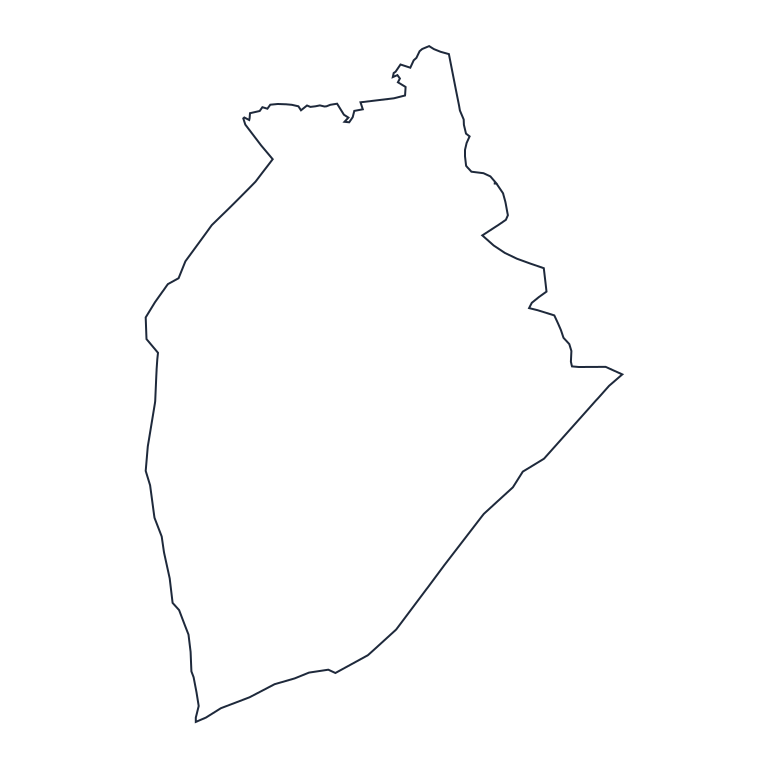 the district of Voinjama, Lofa, Liberia
{"feature_id": "62588387B81783560061544", "entity_name": "Voinjama", "entity_type": "district", "adm_level": 2, "iso_a3": "LBR", "parent_name": "Liberia", "parent_adm1": "Lofa", "projection": "mercator", "projection_center": [-9.823, 8.242], "detail": "fine", "context": "isolated", "style": "outline", "palette": "slate", "viewbox_px": 768, "rotation_deg": 0, "n_neighbors": 0, "source": "geoboundaries", "source_scale": "gbopen_adm2", "svg_char_len": 2541}
<svg xmlns="http://www.w3.org/2000/svg" viewBox="0 0 768 768"><path d="M335.4,673.0L367.9,655.2L369.7,653.6L373.7,650.0L396.2,629.5L426.5,589.1L427.3,588.1L444.3,565.2L461.0,543.5L471.3,530.1L481.6,516.7L483.9,513.8L497.0,501.8L502.7,496.6L512.9,487.3L522.8,471.6L525.8,469.8L535.5,463.9L544.0,458.7L582.2,415.9L596.0,400.4L597.9,398.4L609.1,385.8L622.3,374.4L615.0,371.1L605.7,366.9L598.4,366.9L578.8,367.0L572.0,366.4L571.7,365.3L570.9,361.7L571.4,351.0L569.3,344.1L563.5,337.8L561.8,332.7L561.2,330.9L560.8,329.8L558.1,323.6L554.3,315.4L537.6,310.2L529.1,308.1L529.8,306.7L531.8,302.8L539.1,296.9L546.5,291.6L545.7,284.5L543.9,269.1L543.8,268.2L530.1,263.5L516.9,258.7L504.8,252.9L493.7,245.5L482.3,235.4L483.1,234.9L485.4,233.4L496.3,226.3L497.9,225.3L505.9,219.8L507.9,215.2L507.6,213.8L507.5,213.3L507.4,212.8L505.7,203.5L505.3,201.6L503.3,194.3L503.1,193.4L496.7,183.9L496.5,183.6L493.8,183.5L496.2,183.2L490.9,177.0L490.4,176.4L483.5,173.2L471.4,171.7L468.5,168.5L467.7,167.7L466.1,165.8L465.0,156.3L465.0,149.9L466.6,143.0L469.6,136.4L466.0,133.6L463.9,124.8L463.7,119.5L463.4,118.8L459.9,110.5L459.0,105.3L455.9,89.8L448.9,54.1L440.6,51.8L433.9,49.1L429.1,46.1L422.2,49.0L419.6,51.2L416.4,57.9L413.7,60.3L410.3,67.7L400.5,64.5L395.6,71.7L393.7,73.0L392.8,77.1L397.4,75.1L399.9,78.5L397.9,82.3L405.2,86.7L405.6,87.0L405.1,94.9L405.0,95.5L393.9,98.3L360.5,102.3L362.8,109.3L354.3,110.9L352.7,117.2L349.2,122.3L344.5,121.8L348.4,117.6L343.9,114.7L337.1,103.7L330.3,104.8L326.5,106.3L324.5,106.5L319.9,105.4L315.4,106.3L310.4,106.9L307.0,105.5L301.0,110.3L298.4,106.3L291.8,104.8L286.2,104.3L278.0,104.0L277.7,104.0L270.3,104.7L267.4,108.7L262.4,107.2L259.7,111.0L250.0,113.2L249.6,118.2L249.2,120.0L244.3,117.5L243.3,118.4L245.3,124.6L261.2,145.5L272.7,159.2L268.2,165.1L262.5,172.5L255.5,181.7L251.1,186.2L237.4,200.0L234.0,203.4L227.0,210.3L220.2,216.9L211.8,225.1L209.4,228.4L205.8,233.4L185.4,261.3L178.6,278.2L167.9,284.1L166.5,286.0L163.3,290.6L162.6,291.5L155.0,302.2L145.7,317.4L146.4,336.6L146.5,339.1L158.0,352.8L157.3,359.3L156.6,369.4L156.6,369.9L156.3,375.9L155.2,401.2L154.9,403.4L149.9,433.7L149.0,439.2L147.8,446.3L145.7,470.9L150.1,485.3L154.2,515.8L154.5,517.8L161.7,536.5L163.9,551.7L164.0,552.2L164.2,553.3L169.7,578.4L172.6,602.9L179.1,610.1L184.8,625.1L188.5,634.6L190.6,651.9L191.4,671.4L193.6,677.2L196.5,692.3L198.7,706.0L196.5,714.9L195.8,717.6L195.8,721.9L205.9,717.6L220.9,708.2L249.5,697.3L274.6,684.2L294.7,678.4L309.0,672.6L328.3,669.7L335.4,673.0Z" fill="none" stroke="#1e293b" stroke-width="2"/></svg>